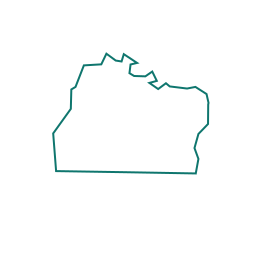 the district of Lee, North Carolina, United States of America, rotated 54°
{"feature_id": "52423323B85363344539389", "entity_name": "Lee", "entity_type": "district", "adm_level": 2, "iso_a3": "USA", "parent_name": "United States of America", "parent_adm1": "North Carolina", "projection": "equal_earth", "projection_center": [-79.189, 35.468], "detail": "fine", "context": "isolated", "style": "outline", "palette": "teal", "viewbox_px": 256, "rotation_deg": 54, "n_neighbors": 0, "source": "geoboundaries", "source_scale": "gbopen_adm2", "svg_char_len": 588}
<svg xmlns="http://www.w3.org/2000/svg" viewBox="0 0 256 256"><g transform="rotate(54 128 128)"><path d="M55.2,101.8L60.8,112.2L51.4,126.9L63.9,146.3L63.9,146.5L63.5,151.2L78.9,163.0L88.4,191.7L120.6,211.5L162.6,155.6L204.5,100.0L204.6,99.9L194.4,89.2L183.3,86.0L174.2,74.5L171.8,60.9L156.0,49.2L155.8,48.9L155.6,48.8L155.4,48.5L155.0,48.1L146.7,44.5L134.4,49.3L130.8,57.0L118.9,69.8L114.1,71.0L114.2,80.7L104.1,84.2L106.8,77.0L96.6,75.2L96.4,83.6L89.5,92.5L84.5,94.6L78.1,88.6L80.7,82.4L65.8,88.0L70.4,94.1L66.2,98.3L55.2,101.8Z" fill="none" stroke="#0f766e" stroke-width="2"/></g></svg>